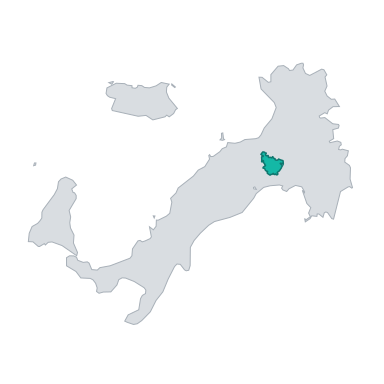 Bologna on a map of Italy (orthographic projection), rotated 94°
{"feature_id": "ITA-5362", "entity_name": "Bologna", "entity_type": "Province", "adm_level": 1, "iso_a3": "ITA", "parent_name": "Italy", "parent_adm1": "", "projection": "orthographic", "projection_center": [11.264, 44.436], "detail": "fine", "context": "in_parent", "style": "filled", "palette": "teal", "viewbox_px": 384, "rotation_deg": 94, "n_neighbors": 0, "source": "natural_earth", "source_scale": "10m", "svg_char_len": 5802}
<svg xmlns="http://www.w3.org/2000/svg" viewBox="0 0 384 384"><g transform="rotate(94 192 192)"><path d="M65.7,65.7L68.0,67.3L76.9,64.7L82.2,66.6L86.8,63.9L89.8,59.5L89.3,56.1L96.5,50.9L97.0,57.2L100.8,61.5L104.6,62.6L103.6,65.1L107.3,70.4L108.8,69.9L109.3,69.0L108.5,64.7L114.1,56.4L114.4,50.6L115.4,49.9L118.0,50.4L120.0,55.9L128.9,54.4L131.8,58.6L133.2,57.8L131.0,50.6L132.1,47.0L134.5,46.4L136.1,48.2L139.4,48.7L139.6,46.5L138.8,45.1L140.0,38.9L145.0,39.5L148.0,41.7L151.5,41.7L154.5,36.8L156.8,35.6L168.1,35.2L176.4,32.2L177.0,32.8L175.6,35.2L176.1,36.7L181.2,43.9L209.2,48.9L208.8,50.7L203.0,55.4L202.6,57.1L203.5,58.6L208.1,59.6L205.1,63.9L205.2,65.6L207.6,65.7L207.4,70.9L210.4,72.4L213.9,76.9L210.5,77.8L211.9,76.5L208.4,72.2L204.9,74.2L199.3,72.4L195.5,76.6L182.6,82.1L184.9,79.7L183.9,79.7L179.2,82.9L178.2,89.2L182.0,95.4L184.9,97.6L183.6,101.5L181.9,102.9L179.6,101.9L178.9,105.3L180.3,114.4L182.4,120.8L189.1,127.8L193.9,130.0L208.9,140.5L214.7,152.4L219.9,167.5L224.0,173.0L232.5,180.8L240.2,186.5L247.3,189.8L265.6,188.7L270.3,189.8L271.0,192.3L270.2,194.0L265.0,198.6L264.9,202.0L267.6,204.2L280.5,209.7L293.6,214.1L302.7,220.3L314.4,225.2L323.8,233.2L327.3,237.5L328.2,241.1L326.5,247.5L325.5,250.1L319.0,247.1L313.2,236.9L302.0,235.9L298.6,234.3L296.6,231.3L293.1,231.2L290.8,233.1L285.3,243.4L282.5,252.2L282.5,255.7L284.5,258.9L290.0,260.4L297.3,266.0L298.0,273.5L299.5,277.7L297.9,280.3L294.3,279.9L289.7,281.8L286.5,284.7L285.3,287.5L285.5,296.9L279.4,302.2L274.4,312.0L266.3,312.6L264.2,309.7L264.0,305.4L265.2,302.6L268.1,301.2L269.8,295.6L269.0,291.6L270.1,289.7L276.4,286.6L276.5,281.0L273.9,278.6L271.3,268.5L262.4,249.3L259.8,247.5L252.9,247.4L244.5,242.5L243.9,240.4L245.2,238.2L244.1,235.4L241.4,230.5L239.6,229.4L229.7,232.0L232.4,227.9L228.7,225.4L222.5,225.6L222.5,223.8L217.9,215.9L214.8,212.7L203.5,211.4L199.8,212.9L194.1,207.9L189.0,206.1L176.0,191.7L169.7,187.3L165.8,181.0L158.0,176.8L154.4,177.8L153.5,177.0L155.4,175.8L155.0,173.3L149.8,167.0L146.7,164.9L144.6,160.8L140.2,159.8L140.4,152.5L138.8,147.3L136.0,142.9L134.4,132.3L133.2,129.3L130.1,127.1L123.1,124.4L113.4,117.4L101.9,113.9L97.1,116.1L84.4,130.3L72.8,133.2L72.7,130.1L77.3,123.5L76.5,121.0L69.4,121.5L60.5,114.9L59.5,109.4L62.3,104.4L64.0,103.2L63.3,99.8L57.9,96.5L55.9,91.9L55.8,90.3L57.3,89.6L60.5,90.0L65.8,87.1L67.5,82.7L60.4,71.2L60.9,68.9L65.7,65.7ZM184.5,130.7L184.9,128.0L182.5,129.7L183.2,131.0L184.5,130.7ZM263.6,302.6L254.5,317.9L251.6,328.1L252.2,331.9L255.1,334.6L253.8,335.7L257.0,340.3L257.0,341.6L252.8,347.2L252.9,351.8L244.5,351.5L237.6,349.1L234.1,343.8L231.4,341.7L228.5,340.0L222.6,340.3L220.0,339.3L204.2,329.2L198.1,326.5L191.1,325.9L188.2,323.6L185.9,319.0L188.6,311.8L193.1,307.7L197.3,312.2L200.8,310.6L201.0,309.1L203.5,307.3L206.7,307.1L219.0,313.3L225.3,311.3L231.1,311.8L236.4,310.7L243.2,306.7L251.2,306.7L260.3,302.0L263.6,302.6ZM118.9,224.2L122.8,236.1L118.8,243.2L120.2,251.0L116.3,277.2L114.4,278.0L104.2,274.7L103.2,280.7L101.8,283.1L99.7,284.6L94.1,284.1L88.8,275.2L88.6,266.7L89.9,264.2L90.1,259.3L92.2,259.1L92.5,255.8L91.3,253.9L89.3,253.3L89.4,249.5L91.0,246.7L91.1,241.7L88.6,235.2L84.9,230.3L86.0,222.3L89.2,224.5L94.1,224.5L100.0,221.6L109.7,212.4L111.0,214.1L115.0,215.8L118.6,220.0L117.1,222.6L118.9,224.2ZM137.5,163.2L138.3,165.1L138.0,167.7L136.1,166.2L131.4,166.7L130.9,165.4L136.6,164.3L137.5,163.2ZM90.1,279.6L88.7,282.6L87.3,278.5L87.5,278.0L90.1,279.6ZM89.0,216.5L86.7,219.8L85.6,219.7L88.4,215.9L89.0,216.5ZM176.8,351.8L174.0,351.2L173.9,349.7L176.1,349.9L176.8,351.8ZM220.6,227.9L218.5,229.0L218.5,227.3L220.6,227.9Z" fill="#d9dde1" stroke="#a8b0b8" stroke-width="1"/><path d="M157.2,102.9L157.9,103.0L157.3,103.6L157.1,103.9L157.1,104.1L157.3,104.2L157.4,104.4L157.4,104.6L157.4,104.9L157.1,105.4L157.1,105.8L157.5,105.9L159.2,104.0L159.7,103.7L160.5,104.2L161.7,104.5L164.8,106.3L166.3,108.1L166.7,108.3L167.0,108.2L167.6,107.8L167.9,107.6L168.4,107.7L168.8,108.1L169.0,108.6L168.8,109.2L168.3,109.6L168.2,109.8L168.2,110.1L168.8,110.6L168.7,111.4L168.6,111.7L168.4,111.9L168.0,111.9L167.9,112.0L167.8,112.3L167.9,112.5L168.2,112.8L168.7,113.2L168.9,113.6L168.9,114.0L168.9,114.3L168.9,114.5L169.5,115.0L169.7,115.3L169.6,115.6L168.2,118.0L167.7,118.3L167.3,118.3L166.5,118.0L166.4,118.0L166.2,118.1L166.1,118.3L166.1,118.7L166.1,118.9L166.0,119.1L165.8,119.3L165.5,120.0L165.2,120.3L164.1,120.8L163.7,121.1L163.4,121.6L163.1,122.8L162.9,122.8L162.4,122.7L162.1,122.5L161.3,121.5L161.2,121.3L161.1,121.0L161.0,120.9L160.7,120.7L160.3,120.6L160.2,120.6L160.0,120.8L159.8,121.2L159.7,121.3L159.4,121.4L159.0,121.4L158.8,121.5L158.7,121.6L158.5,121.8L157.8,122.6L157.6,122.7L155.9,122.9L155.8,123.0L155.7,123.1L155.7,123.3L155.8,123.4L155.8,123.5L156.1,123.8L156.9,124.1L157.0,124.1L157.1,124.3L156.8,124.6L156.5,124.7L156.1,124.7L155.8,124.6L155.7,124.6L152.4,125.0L151.5,124.6L151.4,124.5L151.4,124.4L151.5,124.2L151.7,123.9L151.7,123.7L151.4,123.5L151.1,123.5L151.1,123.8L151.0,124.0L150.8,124.2L150.7,124.3L150.5,124.7L149.6,125.8L149.4,125.7L149.1,125.5L148.9,125.4L148.7,125.2L148.1,124.9L147.9,124.8L147.9,124.7L147.7,124.5L147.2,124.3L147.1,123.8L147.1,123.2L147.2,122.6L147.4,122.1L147.9,121.7L148.1,121.5L148.1,121.2L148.1,120.9L148.1,120.7L148.4,120.7L149.5,121.2L149.9,121.2L150.2,121.0L150.5,120.6L150.6,120.2L150.7,119.8L150.6,119.5L150.4,119.2L150.3,118.9L150.3,118.7L150.5,118.5L151.8,118.3L152.1,118.1L152.3,117.6L152.2,117.3L152.0,117.0L151.9,116.8L151.9,116.4L152.0,116.1L152.3,115.5L152.4,115.2L152.3,114.9L152.2,114.8L151.4,114.3L151.2,114.1L151.3,113.7L151.6,113.5L152.2,113.4L152.5,113.2L152.7,112.7L152.8,111.8L153.0,111.5L153.3,111.4L153.7,111.5L154.0,111.3L154.4,110.2L154.3,109.2L153.8,108.3L153.1,107.8L153.8,105.9L154.3,103.6L154.7,103.3L157.2,102.9Z" fill="#14b8a6" stroke="#0f766e" stroke-width="1.5"/></g></svg>